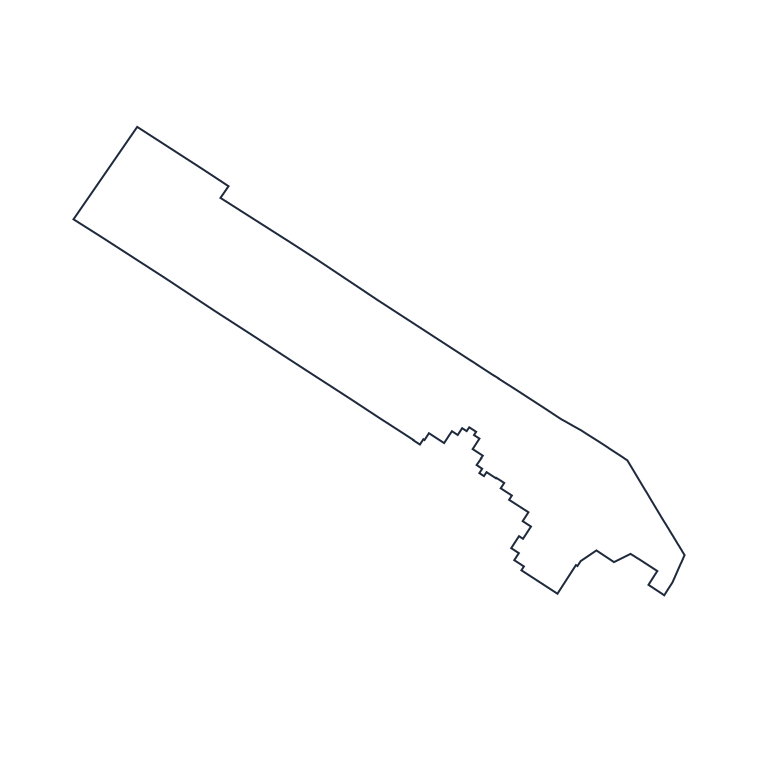 Menzies, Western Australia, Australia (Equal Earth projection), rotated 213°
{"feature_id": "25037944B67042441314136", "entity_name": "Menzies", "entity_type": "district", "adm_level": 2, "iso_a3": "AUS", "parent_name": "Australia", "parent_adm1": "Western Australia", "projection": "equal_earth", "projection_center": [120.764, -29.386], "detail": "fine", "context": "isolated", "style": "outline", "palette": "slate", "viewbox_px": 768, "rotation_deg": 213, "n_neighbors": 0, "source": "geoboundaries", "source_scale": "gbopen_adm2", "svg_char_len": 3212}
<svg xmlns="http://www.w3.org/2000/svg" viewBox="0 0 768 768"><g transform="rotate(213 384 384)"><path d="M734.1,353.0L700.8,353.4L624.6,353.6L567.3,353.1L559.2,353.1L517.4,353.2L475.4,353.1L456.4,353.1L403.7,353.2L369.6,353.0L344.6,353.1L328.7,353.1L328.7,352.8L320.9,352.8L320.9,359.1L319.5,359.1L319.5,367.2L301.4,367.2L301.4,369.7L301.4,373.2L301.4,374.8L301.4,376.1L301.3,381.4L294.4,381.4L294.4,388.4L294.4,389.5L290.3,389.5L289.0,389.5L288.9,394.1L280.7,394.1L280.7,390.2L274.2,390.2L274.2,377.7L262.1,377.7L262.2,374.6L261.9,374.6L262.2,366.5L255.5,366.4L255.5,361.2L250.0,361.2L250.0,365.9L238.8,365.9L238.8,366.4L235.3,366.5L235.2,366.5L234.9,366.5L234.7,366.5L234.2,366.5L233.1,366.5L232.0,366.5L230.9,366.5L229.3,366.5L229.3,360.1L216.0,360.1L216.0,355.0L193.0,355.1L193.0,354.4L193.0,353.1L193.0,351.9L193.0,344.5L192.0,344.5L188.9,344.5L183.1,344.5L183.1,329.9L187.9,329.9L187.9,315.6L178.8,315.6L178.8,307.2L170.3,307.2L167.3,307.2L167.3,302.6L164.6,302.6L155.8,302.6L155.2,302.6L140.4,302.6L136.7,302.6L127.3,302.6L125.7,302.6L124.3,302.6L124.4,336.7L122.6,336.7L122.6,341.0L122.6,342.6L115.2,360.1L94.1,359.9L84.7,375.8L82.5,375.8L81.5,375.9L80.2,375.9L79.8,375.9L79.5,375.9L78.9,375.9L77.6,375.9L76.9,375.9L76.6,375.9L75.3,376.0L73.3,376.0L71.8,376.0L70.5,376.0L69.9,376.0L68.7,376.0L67.5,376.0L66.5,376.0L65.9,376.0L65.3,376.0L65.0,376.0L63.7,376.0L63.1,376.0L62.2,376.0L60.6,376.0L59.7,376.0L59.1,376.0L58.5,376.0L58.2,376.0L57.5,376.0L56.6,376.0L56.0,376.0L55.4,376.0L53.8,376.0L52.9,376.0L52.9,370.3L52.8,359.6L37.6,359.5L33.9,359.4L33.9,361.3L34.0,364.6L34.0,366.8L34.0,374.8L34.1,375.2L34.8,379.7L35.6,384.5L36.1,387.6L36.6,390.6L37.2,394.3L37.4,396.1L37.9,399.2L38.5,402.6L38.7,404.2L39.4,404.5L40.6,405.1L41.9,405.7L42.5,406.0L43.8,406.7L45.1,407.3L46.0,407.7L47.0,408.2L48.2,408.8L49.8,409.5L51.1,410.1L52.0,410.6L53.3,411.2L54.5,411.8L54.9,412.0L55.2,412.1L56.8,412.9L57.1,413.0L57.4,413.2L58.0,413.5L59.3,414.1L60.6,414.7L61.2,415.0L61.8,415.3L62.5,415.6L62.8,415.8L63.1,415.9L64.4,416.5L65.9,417.3L67.8,418.2L68.8,418.6L69.7,419.1L71.6,420.0L72.3,420.3L73.2,420.7L75.1,421.6L76.1,422.1L77.0,422.5L83.5,425.7L87.2,427.5L91.5,429.6L98.7,433.1L99.5,433.5L99.8,433.7L105.7,436.6L107.3,437.3L129.7,448.3L136.7,451.7L137.9,452.3L138.2,452.4L138.4,452.5L138.7,452.5L139.7,452.5L140.8,452.5L141.8,452.5L142.8,452.6L143.8,452.6L144.8,452.6L145.9,452.6L146.9,452.6L148.3,452.6L149.3,452.6L150.3,452.6L151.3,452.6L152.3,452.6L153.4,452.6L154.4,452.6L155.4,452.6L156.4,452.6L157.5,452.6L158.5,452.6L159.5,452.6L160.5,452.6L161.5,452.7L162.6,452.7L163.6,452.7L164.6,452.7L165.6,452.7L166.7,452.7L167.7,452.7L168.7,452.7L170.1,452.7L171.1,452.7L172.1,452.7L187.5,452.5L188.5,452.5L189.2,452.5L190.6,452.5L191.3,452.5L192.6,452.5L193.5,452.5L202.0,451.9L213.5,451.2L215.8,451.0L216.8,451.0L219.4,451.0L222.1,451.0L232.5,451.1L242.9,451.1L251.4,451.1L256.5,451.1L259.3,451.1L270.3,451.1L290.8,450.9L290.8,451.1L296.6,451.0L296.6,450.9L299.9,450.9L307.2,450.9L313.7,450.9L323.5,451.0L323.5,450.9L335.7,450.9L344.6,450.9L368.7,450.9L434.6,450.9L435.2,450.9L506.6,451.8L533.5,451.8L622.5,451.0L622.1,465.2L652.9,465.4L731.0,465.2L734.1,353.0Z" fill="none" stroke="#1e293b" stroke-width="2"/></g></svg>